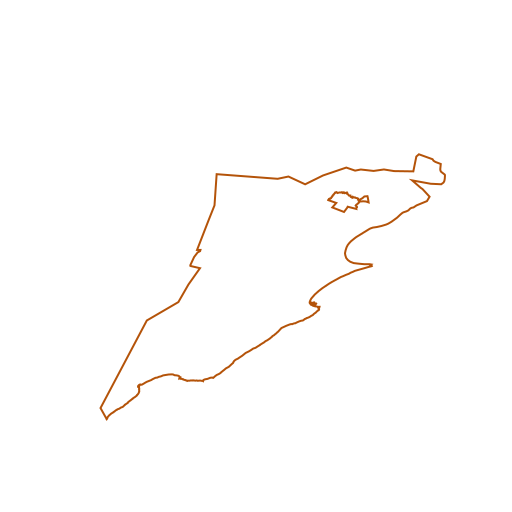 Sveitarfélagið Ölfus, Suðurland, Iceland (Natural Earth projection), rotated 334°
{"feature_id": "244011B93058264602287", "entity_name": "Sveitarfélagið Ölfus", "entity_type": "district", "adm_level": 2, "iso_a3": "ISL", "parent_name": "Iceland", "parent_adm1": "Suðurland", "projection": "natural_earth1", "projection_center": [-21.424, 63.983], "detail": "fine", "context": "isolated", "style": "outline", "palette": "amber", "viewbox_px": 512, "rotation_deg": 334, "n_neighbors": 0, "source": "geoboundaries", "source_scale": "gbopen_adm2", "svg_char_len": 5883}
<svg xmlns="http://www.w3.org/2000/svg" viewBox="0 0 512 512"><g transform="rotate(334 256 256)"><path d="M182.8,252.0L166.0,263.4L129.6,266.1L49.6,324.5L50.3,337.2L50.5,337.1L50.4,337.0L50.7,336.7L51.0,336.3L51.2,336.2L54.0,334.9L55.6,334.5L56.5,334.2L58.5,334.0L59.4,334.0L59.7,333.7L60.7,333.7L61.7,333.4L62.9,333.2L63.5,333.3L63.8,333.1L64.7,333.1L66.2,333.3L68.1,333.0L69.8,333.2L70.6,333.1L72.0,332.6L72.9,332.4L73.0,332.2L74.2,332.1L75.4,331.9L76.2,331.9L76.8,331.4L77.6,331.2L79.5,330.8L80.0,330.8L80.8,330.5L81.7,330.4L82.1,330.2L82.4,330.3L82.6,330.1L83.4,329.9L85.4,329.7L86.7,329.4L87.4,329.3L88.4,328.8L88.4,328.7L89.2,328.5L90.3,327.8L90.8,327.5L91.2,326.9L91.6,326.7L91.7,326.3L91.9,326.0L92.5,324.7L92.7,324.4L92.8,324.2L92.7,324.1L93.0,323.7L93.1,323.1L93.6,322.3L92.7,322.0L92.8,321.5L93.2,321.1L94.2,320.7L95.0,320.6L95.6,320.7L95.9,320.9L95.9,321.2L97.0,321.6L98.9,321.5L100.9,321.3L102.6,321.2L107.8,321.6L108.5,321.4L112.2,321.4L114.0,322.0L115.6,322.0L117.8,322.5L120.2,322.6L125.5,324.2L128.5,325.5L129.5,326.1L130.6,327.5L132.3,328.5L133.6,329.5L134.1,330.1L134.5,331.3L134.8,331.7L134.2,331.9L133.8,332.0L133.7,332.2L133.4,332.3L133.3,332.5L134.0,332.5L134.0,332.8L134.5,333.1L134.7,333.6L135.4,333.8L135.8,334.2L136.0,334.6L136.3,334.7L136.3,334.9L136.6,335.1L136.7,335.4L137.0,335.6L137.9,336.5L138.4,336.7L138.7,337.4L139.6,337.9L139.6,338.2L140.3,338.3L141.8,339.0L143.0,339.3L143.6,339.7L144.7,340.1L144.8,340.3L145.3,340.4L146.9,341.5L148.2,341.9L148.9,342.6L150.8,343.3L151.4,343.6L152.6,344.5L153.3,344.8L153.6,345.3L153.7,345.2L153.7,344.7L154.3,344.5L154.6,344.4L156.1,344.5L158.6,345.2L161.5,345.4L162.7,345.8L163.7,346.3L163.9,346.7L164.1,346.8L166.5,346.1L168.6,345.7L170.8,345.8L172.8,345.6L174.1,345.1L174.9,345.0L176.0,344.7L177.1,344.5L179.8,343.8L182.9,343.7L186.8,342.5L188.5,342.1L188.7,341.9L189.0,341.5L189.6,341.3L190.2,340.8L192.1,340.3L194.9,340.3L195.9,340.1L199.9,339.6L204.2,338.6L207.9,338.6L210.9,338.3L212.5,338.0L213.2,338.0L214.4,338.2L215.4,338.3L217.7,338.0L220.0,337.8L220.4,337.8L220.6,337.6L225.7,337.1L227.1,336.7L229.1,336.7L232.6,336.2L233.3,335.9L234.4,335.8L235.7,335.2L237.5,335.1L238.8,334.7L240.4,334.4L241.3,334.0L242.4,333.8L247.3,331.9L252.6,332.0L256.3,332.3L257.8,332.6L258.3,332.9L258.5,333.1L259.1,333.1L260.9,333.3L261.9,333.7L263.2,333.6L266.1,333.7L268.4,334.0L269.1,334.3L270.3,334.5L272.2,334.0L273.3,334.2L273.8,334.0L274.4,334.0L275.2,334.2L277.4,334.3L279.4,334.0L281.1,334.0L282.7,333.4L285.2,333.0L286.0,332.6L287.7,332.2L288.6,332.2L289.2,331.8L289.4,331.4L289.1,331.1L289.4,330.5L290.5,329.9L290.8,329.5L289.7,329.0L289.1,329.0L289.1,328.8L288.6,328.1L287.2,327.3L286.9,327.0L286.8,326.6L286.8,326.4L289.2,325.2L289.1,324.9L288.9,324.9L288.8,325.2L288.0,325.7L287.8,325.6L286.7,326.3L286.2,326.4L285.6,325.8L285.7,325.7L285.4,325.6L286.3,325.5L286.5,325.3L285.7,325.4L285.6,325.2L285.7,324.9L285.9,324.9L284.7,324.6L284.5,324.3L285.0,324.3L284.4,324.0L284.4,323.9L284.7,323.7L286.7,324.3L286.8,324.3L286.9,324.1L284.9,323.5L284.9,323.1L284.7,323.4L284.2,323.4L284.4,322.6L284.9,322.6L284.9,322.9L285.2,322.6L287.7,323.3L287.5,324.1L287.2,324.7L287.3,324.9L287.5,324.6L287.9,324.8L287.9,324.7L287.7,324.6L288.0,323.2L287.8,323.1L287.6,323.2L283.7,322.1L283.7,321.6L284.2,320.8L285.1,319.9L286.7,318.7L287.2,318.4L291.9,316.4L296.8,315.0L301.6,314.0L309.6,312.9L313.0,312.6L323.1,312.1L325.3,312.3L328.7,312.4L331.7,312.7L333.7,312.5L336.0,312.7L338.4,312.7L348.3,314.5L352.5,315.2L355.2,315.8L355.7,315.8L355.7,315.3L355.2,314.9L354.8,314.3L355.8,314.1L354.7,313.3L349.5,310.7L344.9,307.9L340.7,305.2L338.2,302.5L336.8,299.9L336.2,297.3L336.6,294.5L337.2,292.5L339.0,290.2L341.2,287.9L343.2,286.4L345.2,285.4L347.8,284.4L352.5,283.3L354.6,282.9L369.9,281.4L371.0,281.4L373.5,281.7L377.2,282.9L381.8,284.0L386.8,284.8L389.1,284.9L392.8,284.6L399.6,283.4L404.1,282.0L406.6,281.4L407.8,281.4L410.8,281.8L411.9,281.8L412.8,281.8L413.8,281.5L415.2,281.0L416.2,280.9L416.9,280.9L418.9,281.4L421.7,281.0L422.5,280.9L433.7,281.6L438.0,278.8L435.0,268.8L434.0,267.1L429.5,256.5L441.9,265.6L444.6,267.6L453.9,272.7L456.2,272.3L456.9,272.1L458.2,271.1L459.4,269.5L460.8,267.1L461.3,266.1L461.3,265.5L459.3,261.5L459.2,260.7L459.3,259.8L459.7,258.7L462.4,254.3L458.5,250.1L457.8,249.0L457.3,248.1L457.1,246.4L447.0,236.0L443.7,236.9L434.5,248.9L417.3,240.2L408.9,234.3L399.0,231.1L388.1,224.2L382.5,222.7L375.9,216.1L351.6,213.0L331.6,213.1L320.0,198.8L309.3,196.1L256.5,165.2L240.9,192.3L228.7,203.4L205.7,224.7L208.7,226.2L207.9,227.1L205.1,227.2L199.9,229.8L192.9,235.5L192.7,236.2L200.3,242.4L182.8,252.0ZM355.8,234.0L356.4,233.9L356.6,234.2L356.8,235.1L358.9,235.5L360.0,236.1L361.2,236.3L361.3,236.4L361.2,236.8L361.2,237.0L361.5,237.4L362.6,237.2L362.9,237.2L363.0,237.3L363.0,237.5L362.6,237.8L362.9,238.3L364.3,238.6L365.0,238.6L365.5,238.8L365.1,239.6L365.5,239.8L365.3,240.2L365.6,240.5L365.8,241.3L365.9,242.0L366.0,242.4L366.4,242.6L367.0,242.8L367.3,243.0L367.0,243.4L367.0,244.0L367.1,244.5L367.5,244.9L368.6,244.9L368.9,245.0L369.0,245.2L368.5,246.0L369.3,246.1L370.3,246.5L370.5,246.6L370.5,246.9L370.9,247.1L371.4,247.8L372.6,248.6L373.0,249.3L372.4,250.1L372.9,250.5L372.8,250.8L373.1,251.2L373.2,251.4L374.9,250.8L377.0,250.7L379.5,250.0L382.4,251.1L382.1,252.5L380.7,257.2L378.7,255.2L376.3,253.8L372.5,252.3L371.9,252.6L371.9,253.1L370.9,253.5L368.6,253.9L367.7,254.4L367.8,254.7L368.1,254.9L368.0,255.4L368.2,255.8L368.3,256.1L368.0,256.6L367.4,256.8L366.8,256.9L366.7,257.6L360.0,251.9L359.3,252.5L354.4,255.0L345.9,245.8L351.4,243.5L345.4,237.4L345.6,237.2L346.1,237.2L346.5,236.7L347.7,236.7L347.8,237.0L348.1,237.0L348.9,236.9L349.5,236.3L350.0,236.3L350.4,235.9L351.0,235.8L351.2,235.3L351.9,235.0L352.6,235.0L352.8,234.9L352.9,234.6L353.2,234.5L354.0,234.2L354.5,234.1L354.6,233.8L354.9,233.6L355.3,233.6L355.8,234.0Z" fill="none" stroke="#b45309" stroke-width="2"/></g></svg>